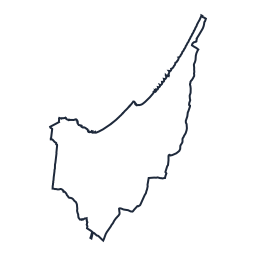 the district of Coveñas, Sucre, Colombia
{"feature_id": "7082276B10536000233920", "entity_name": "Coveñas", "entity_type": "district", "adm_level": 2, "iso_a3": "COL", "parent_name": "Colombia", "parent_adm1": "Sucre", "projection": "natural_earth1", "projection_center": [-75.653, 9.406], "detail": "fine", "context": "isolated", "style": "outline", "palette": "slate", "viewbox_px": 256, "rotation_deg": 0, "n_neighbors": 0, "source": "geoboundaries", "source_scale": "gbopen_adm2", "svg_char_len": 5652}
<svg xmlns="http://www.w3.org/2000/svg" viewBox="0 0 256 256"><path d="M138.2,206.3L139.9,205.3L140.3,204.8L144.7,195.1L145.9,193.2L146.4,191.1L147.0,189.5L147.7,186.2L147.5,184.9L148.7,178.0L154.1,177.6L156.3,177.7L157.6,177.4L160.1,178.1L161.0,178.1L162.3,178.4L162.7,178.4L164.5,178.0L165.0,178.0L165.4,176.1L166.4,173.4L165.4,172.0L167.2,166.2L168.0,165.1L168.5,160.3L168.5,156.1L168.7,155.3L169.4,154.8L169.7,154.8L170.3,155.5L172.2,155.1L176.3,153.3L178.6,151.5L179.4,150.7L180.2,148.9L180.3,146.3L180.4,145.6L182.3,142.5L182.5,141.4L182.5,139.1L182.7,138.3L183.7,136.8L184.0,135.9L185.6,133.3L186.1,131.8L186.6,130.2L186.9,128.2L186.6,124.1L185.9,122.7L185.8,120.9L187.3,116.4L187.8,112.4L188.3,111.4L190.0,106.4L190.0,106.0L190.0,105.6L189.3,105.3L189.1,104.9L189.1,104.2L189.3,102.8L190.1,100.6L190.2,100.0L189.9,98.7L189.7,96.4L189.7,95.5L190.5,93.2L190.6,92.5L190.7,88.6L190.4,86.1L190.0,84.7L190.0,84.0L190.4,82.9L190.4,82.0L191.1,80.7L191.8,80.1L193.2,77.9L193.3,77.5L194.1,76.2L194.2,74.9L194.0,73.4L194.3,72.0L194.1,69.1L194.2,67.9L193.9,65.1L193.9,64.6L194.1,63.9L195.0,61.9L195.5,60.1L195.6,59.0L195.8,55.8L196.4,53.3L197.6,50.6L198.3,49.5L196.4,48.0L194.1,46.7L191.3,44.9L191.7,45.0L192.8,43.2L193.7,42.4L194.0,42.2L194.8,42.1L195.3,41.8L195.8,41.8L196.3,41.5L196.5,41.1L196.4,40.6L196.9,38.7L196.7,38.5L199.1,34.7L202.4,29.1L203.1,27.7L203.4,26.7L203.7,26.0L203.8,25.3L204.0,24.7L204.3,22.5L204.5,21.8L205.0,21.3L205.9,18.7L204.1,17.6L202.8,17.1L202.2,16.5L202.4,15.9L201.4,15.4L201.4,15.9L201.1,16.5L199.2,20.7L198.6,21.4L198.5,21.5L198.0,21.2L198.4,21.6L198.3,22.0L197.7,23.3L197.0,24.5L196.6,25.9L195.9,27.1L195.5,27.7L194.8,29.5L194.3,30.4L193.9,30.7L193.9,31.2L193.0,33.0L192.6,33.7L192.3,33.9L191.9,35.0L191.3,36.2L190.7,37.0L189.8,39.1L189.1,40.0L188.5,41.7L187.5,43.0L186.4,45.3L185.8,46.0L185.6,46.8L185.1,47.8L184.6,48.7L184.2,49.0L183.5,50.7L182.3,52.0L182.1,52.9L181.7,53.8L180.8,54.9L180.6,55.6L180.0,56.5L179.0,57.3L178.6,57.4L178.8,57.6L178.8,57.9L178.1,59.9L177.7,60.5L177.3,60.8L177.2,61.2L176.7,61.9L176.1,62.4L175.4,62.7L175.3,63.5L174.7,65.2L173.9,66.0L173.3,67.3L172.2,68.4L171.2,68.8L171.3,69.1L171.3,69.4L170.9,70.5L170.2,71.0L168.8,70.9L169.2,71.4L169.3,72.2L169.1,72.9L168.3,74.6L168.9,75.1L168.9,75.5L168.7,76.1L168.2,75.8L167.5,76.1L167.1,76.0L166.8,75.7L166.1,75.4L165.8,75.1L165.8,75.6L166.4,76.8L166.4,77.4L165.4,78.9L164.8,79.1L163.9,78.9L164.2,80.0L164.1,80.9L163.8,81.4L163.6,81.4L163.1,81.9L162.0,81.9L162.2,83.4L161.8,84.2L160.9,85.0L160.5,85.1L159.8,84.8L160.0,85.3L160.0,86.2L159.4,87.0L158.4,87.2L157.9,87.1L158.2,88.3L158.0,88.8L157.5,89.5L157.2,89.6L156.7,89.6L156.0,89.2L155.7,89.4L156.2,90.0L156.3,90.7L156.0,91.1L155.8,91.3L155.4,91.0L155.6,91.6L155.3,91.9L155.0,91.9L154.0,91.4L153.5,91.9L153.7,92.5L152.9,93.7L149.8,97.3L145.2,101.8L143.5,103.2L142.3,104.1L141.0,104.7L139.3,105.1L138.5,105.0L138.2,105.1L137.6,105.2L136.9,105.0L136.3,104.3L136.1,104.9L135.5,104.4L135.7,104.1L135.4,103.8L135.5,103.7L134.6,102.1L134.4,101.8L134.0,101.6L133.7,101.5L133.3,101.5L132.9,102.2L129.8,106.0L129.7,105.9L129.5,106.2L129.4,106.1L127.5,108.4L125.4,110.5L125.0,110.8L123.0,113.1L122.8,113.1L122.7,113.5L122.1,113.9L121.2,115.0L119.5,116.5L119.0,117.1L118.4,117.6L116.2,119.7L111.8,123.3L111.8,123.2L109.9,124.7L106.2,127.2L102.9,129.4L98.9,131.5L96.0,132.7L95.2,132.7L95.1,131.9L93.7,132.6L92.5,132.7L92.0,132.4L91.6,131.5L91.7,131.2L92.2,131.3L92.3,131.2L90.9,130.8L91.3,131.1L91.3,131.4L91.1,131.7L90.7,132.0L89.6,132.2L88.6,132.0L88.5,131.9L88.9,131.7L88.5,131.4L88.6,131.2L88.5,130.7L88.1,130.7L87.8,130.4L87.5,129.4L87.2,129.1L86.5,128.9L86.1,128.4L84.6,127.5L84.2,127.4L83.9,127.5L83.6,127.3L82.9,127.5L82.4,127.3L81.5,126.7L81.6,125.8L80.7,125.7L80.7,125.4L78.7,125.0L77.5,123.1L77.4,122.8L77.7,122.6L77.7,122.3L77.6,122.0L77.7,121.9L77.4,121.4L77.5,121.1L77.4,121.0L77.1,120.9L76.7,120.7L76.7,120.4L76.8,119.9L76.4,119.5L75.9,119.3L74.1,119.8L73.8,120.0L70.5,119.9L68.9,120.1L68.9,119.7L67.6,119.7L66.3,119.0L66.0,118.1L65.6,118.0L65.4,117.7L64.8,118.0L64.4,118.0L63.8,118.2L61.7,118.2L61.5,118.6L59.3,117.9L59.0,118.6L59.1,119.5L58.9,121.9L59.0,122.1L50.1,126.8L50.4,127.6L52.1,128.8L52.2,129.0L51.2,137.2L51.1,137.9L50.8,138.3L50.8,139.4L52.4,139.5L54.8,142.1L56.0,142.8L56.2,143.0L56.2,144.3L57.0,144.7L57.1,145.6L56.4,152.7L56.5,153.3L55.8,159.3L55.4,162.7L55.0,164.6L54.9,168.6L54.5,170.0L54.5,171.1L53.7,177.4L53.5,180.2L53.2,181.6L53.3,182.4L53.0,183.3L53.0,184.4L52.7,186.0L52.6,188.6L53.3,188.6L55.0,189.1L55.9,189.0L57.5,189.4L59.0,189.4L60.3,189.0L60.9,189.0L62.0,189.5L62.8,190.1L63.5,190.9L63.3,191.4L63.4,191.6L63.8,191.3L65.1,192.2L65.8,193.0L66.4,193.8L66.9,195.1L67.9,196.2L68.7,197.5L70.0,197.9L70.8,197.9L72.1,198.4L73.1,199.2L74.2,200.7L76.0,202.2L76.9,204.4L77.3,209.0L77.1,210.0L77.1,211.0L77.7,213.3L78.2,214.4L78.2,215.5L78.5,217.6L79.9,219.5L80.3,219.4L81.4,219.8L82.1,219.1L82.3,219.2L82.5,219.6L82.8,219.7L84.7,218.5L85.2,218.4L85.9,218.4L86.6,218.2L86.6,218.8L86.8,219.3L86.6,220.0L86.9,220.5L86.9,221.5L87.3,221.9L87.4,222.3L87.0,223.0L87.0,223.9L86.7,224.7L87.4,226.2L87.0,228.3L90.8,230.7L92.2,231.8L91.0,236.4L90.4,237.9L91.4,238.5L92.4,234.3L92.9,233.1L93.2,232.8L93.5,232.8L94.3,233.2L94.9,233.8L96.8,235.5L97.8,235.7L98.4,236.0L102.4,239.9L103.2,240.6L104.0,238.8L105.7,234.1L106.8,232.1L110.8,226.4L111.4,225.2L113.0,223.1L114.1,220.9L115.0,219.6L116.1,218.1L117.0,217.3L117.4,216.6L118.2,216.0L119.4,214.3L119.6,212.9L119.4,211.8L119.1,209.0L119.1,208.6L119.4,208.4L120.7,208.4L122.4,209.0L123.2,209.4L124.2,209.6L128.1,210.2L130.6,211.4L132.4,211.6L132.9,211.3L134.3,209.5L137.4,206.1L138.2,206.3Z" fill="none" stroke="#1e293b" stroke-width="2"/></svg>